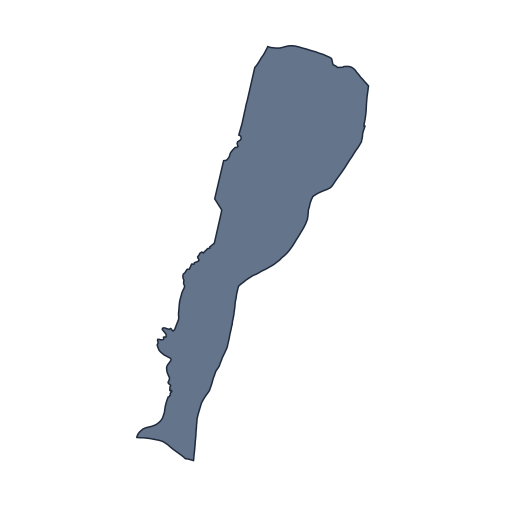 outline of Leuk Daek, Kândal, Cambodia, rotated 13°
{"feature_id": "14789045B16500497794809", "entity_name": "Leuk Daek", "entity_type": "district", "adm_level": 2, "iso_a3": "KHM", "parent_name": "Cambodia", "parent_adm1": "Kândal", "projection": "albers", "projection_center": [105.189, 11.12], "detail": "fine", "context": "isolated", "style": "filled", "palette": "slate", "viewbox_px": 512, "rotation_deg": 13, "n_neighbors": 0, "source": "geoboundaries", "source_scale": "gbopen_adm2", "svg_char_len": 6102}
<svg xmlns="http://www.w3.org/2000/svg" viewBox="0 0 512 512"><g transform="rotate(13 256 256)"><path d="M220.3,49.3L220.0,51.1L219.5,52.9L218.7,56.0L217.8,58.9L216.6,61.6L215.4,65.6L214.3,68.6L213.7,70.2L212.4,72.5L212.5,107.2L212.3,110.3L212.4,113.4L212.5,116.4L212.4,118.6L212.5,120.9L212.6,130.4L212.0,142.0L214.0,142.5L214.7,143.5L215.1,145.1L214.8,146.3L214.1,147.1L212.4,148.9L212.3,150.6L212.8,151.7L213.8,153.1L213.0,154.5L211.3,154.9L209.7,157.5L208.5,159.8L207.9,161.4L207.8,162.5L207.7,164.5L207.5,165.6L206.9,167.2L206.2,168.6L205.2,169.6L203.5,170.2L203.0,170.4L202.9,209.6L212.2,218.8L212.4,222.2L212.5,252.9L208.9,257.6L209.2,258.6L208.8,259.1L207.6,259.4L206.8,260.2L206.2,261.4L205.3,262.6L204.5,264.0L204.0,264.9L202.3,264.3L200.6,266.1L200.4,267.5L199.7,269.1L199.3,270.0L200.0,271.2L200.8,271.9L201.4,273.1L201.0,273.9L199.6,275.0L197.5,276.4L197.5,277.5L197.0,278.1L195.3,278.2L194.9,279.1L194.6,281.0L194.3,282.3L194.1,283.6L193.4,284.1L192.4,284.2L191.7,284.8L191.0,286.8L190.5,288.3L189.2,290.1L189.2,291.5L189.4,292.7L189.7,293.5L190.5,294.8L191.2,295.9L191.4,297.5L191.5,298.7L191.7,299.2L192.5,300.3L193.1,301.3L193.3,302.1L193.1,303.7L192.6,305.7L192.1,308.4L192.0,310.7L191.9,313.3L191.8,317.1L192.1,320.1L192.5,322.9L193.0,326.2L193.4,329.3L193.9,331.3L194.6,333.4L194.8,335.4L194.5,337.5L194.2,339.5L193.8,342.0L193.7,343.2L193.5,344.2L193.4,345.4L192.7,347.1L192.1,347.7L191.3,347.5L190.8,347.0L190.1,346.3L189.2,345.8L188.5,346.4L187.8,346.9L186.4,347.0L185.2,346.8L183.6,346.6L182.2,346.8L181.5,347.1L181.1,347.7L181.3,348.8L183.0,350.1L184.0,350.9L185.7,352.2L186.1,352.9L186.5,354.2L186.6,355.0L185.5,355.4L184.6,355.6L184.1,356.0L184.8,356.9L184.5,358.1L183.4,358.8L181.8,359.1L180.2,359.0L179.0,359.3L179.0,360.3L179.5,361.3L180.2,362.5L179.9,364.1L179.7,365.0L180.7,366.7L181.5,367.9L182.8,369.7L184.8,371.1L186.7,372.1L188.5,373.0L191.4,373.8L193.3,374.3L195.4,374.8L196.2,375.4L196.5,376.1L196.5,376.8L196.4,377.3L195.5,379.4L194.6,381.4L194.1,383.1L194.0,385.1L194.7,387.2L195.3,388.8L196.3,390.4L197.5,392.1L198.9,393.8L199.3,395.0L199.2,396.4L199.2,397.5L198.7,398.5L198.9,399.3L199.8,400.1L200.6,400.5L201.6,400.9L202.1,401.8L201.6,402.8L201.8,403.8L202.0,405.5L202.4,406.5L202.9,406.7L203.7,406.0L204.3,406.7L204.2,407.3L203.6,408.4L203.4,409.2L203.6,410.3L203.8,411.0L203.3,411.6L203.1,412.5L202.1,413.2L202.0,414.1L201.7,416.7L201.5,418.7L201.4,422.4L201.6,425.6L201.9,428.6L201.7,431.7L201.3,435.2L200.3,437.9L198.3,440.8L196.5,442.8L194.7,444.1L192.4,445.6L189.7,446.9L187.2,448.2L184.8,450.0L183.7,451.5L182.3,453.4L181.3,455.4L180.8,457.4L180.6,458.6L180.7,459.6L182.3,459.4L184.5,459.1L187.4,458.4L190.1,458.1L193.9,457.7L197.0,457.6L199.4,457.5L203.0,457.4L206.3,457.6L208.8,458.3L212.4,459.7L216.3,461.8L219.6,463.4L223.5,465.0L227.8,466.8L230.4,468.0L232.8,469.4L235.2,469.1L239.5,469.3L241.1,469.4L241.1,468.7L240.8,466.8L240.4,463.9L240.1,461.3L239.8,458.5L239.5,456.7L239.2,454.3L238.6,450.7L238.2,447.4L237.7,443.8L237.2,441.3L236.9,439.2L236.6,436.9L236.2,434.8L236.0,433.6L235.8,431.6L235.4,429.2L235.2,427.8L235.2,425.7L235.2,424.1L235.3,422.1L235.5,418.5L235.7,415.4L235.9,411.9L236.5,409.4L237.2,407.1L238.0,404.7L238.9,402.5L240.0,399.9L240.7,398.1L241.0,396.8L241.2,394.6L241.5,392.2L241.7,389.4L241.9,384.8L242.4,381.1L242.6,378.8L242.8,377.2L243.1,376.6L243.4,375.6L243.8,374.7L244.0,374.2L244.3,373.5L244.6,372.5L244.9,371.7L245.0,370.8L245.2,368.9L245.4,367.7L245.6,366.3L245.8,365.2L245.9,364.1L246.1,362.5L246.4,361.4L246.5,360.4L247.0,358.8L247.3,357.3L247.5,356.1L247.8,354.9L248.1,353.5L248.3,352.4L248.5,350.9L248.4,349.8L248.4,348.2L248.4,347.0L248.4,346.0L248.4,344.9L248.4,341.9L248.3,340.5L248.2,338.0L248.2,335.0L248.2,332.7L248.1,330.4L248.2,328.1L247.8,325.0L247.8,322.9L247.7,320.3L247.6,318.1L247.3,315.4L247.1,312.9L246.9,311.0L246.5,307.9L246.1,305.3L246.1,302.0L245.9,299.7L245.7,297.8L245.7,295.8L245.7,294.1L245.7,292.0L245.7,290.2L245.9,289.2L246.7,288.1L247.2,287.3L247.9,286.5L248.9,285.2L249.5,284.6L250.6,283.1L251.0,282.7L251.4,282.1L252.1,281.2L252.8,280.5L253.5,279.8L254.2,279.0L255.0,278.2L255.6,277.7L256.3,276.8L257.1,276.1L257.8,275.4L258.7,274.8L259.7,274.1L260.5,273.6L261.5,272.6L263.0,271.3L264.3,270.0L266.2,268.4L267.5,267.4L269.3,265.9L271.1,264.2L272.8,262.6L274.6,261.0L276.0,259.4L277.3,257.8L278.8,256.0L280.0,254.5L281.6,251.8L282.3,250.8L283.5,249.4L284.2,248.3L285.2,246.7L285.9,245.6L286.6,244.2L287.3,242.8L288.0,241.2L288.6,239.7L289.3,238.2L289.9,236.4L290.4,235.0L290.7,234.1L291.1,232.8L291.5,231.5L292.0,230.1L292.4,229.0L293.0,227.3L293.3,226.3L293.8,224.9L294.3,223.3L294.7,222.0L295.4,220.0L295.8,218.5L296.1,217.6L296.4,216.5L296.7,215.3L297.1,213.5L297.4,211.8L297.6,209.9L297.9,208.7L297.7,207.7L297.7,206.5L297.6,205.1L297.4,204.3L297.2,202.9L297.2,201.8L296.8,200.2L296.7,199.0L296.8,197.8L296.9,196.8L296.9,195.6L296.9,194.6L296.8,193.2L296.9,192.1L297.0,191.1L297.2,189.8L297.3,188.3L297.6,187.4L297.9,185.9L297.9,185.4L298.7,184.5L300.0,183.1L300.9,182.2L302.6,180.6L304.7,179.0L308.2,176.5L310.5,175.0L312.9,172.9L314.1,171.3L314.9,169.4L316.0,166.4L317.5,162.5L319.2,158.6L320.2,156.3L321.3,153.5L322.5,150.5L323.6,147.3L324.4,145.0L325.1,142.9L325.9,140.8L327.4,137.0L328.5,133.7L329.6,130.6L330.6,128.4L331.5,125.9L332.2,123.7L333.0,121.1L333.0,120.4L332.9,119.5L333.0,118.1L332.8,115.4L332.4,113.0L332.4,112.3L332.5,110.1L333.0,105.0L332.0,105.1L331.7,102.9L331.5,98.1L331.1,93.4L330.7,90.1L330.0,86.2L329.4,82.9L328.9,79.4L328.4,75.9L328.1,72.7L327.9,70.1L327.6,67.3L327.4,65.0L324.8,63.1L322.4,61.5L320.2,59.8L317.8,58.3L315.5,56.3L312.6,54.2L311.1,52.8L308.8,51.4L306.6,50.6L304.9,50.4L302.8,50.6L300.9,51.1L299.2,51.5L298.1,52.6L297.3,52.7L296.8,53.0L295.9,53.2L294.7,53.4L293.2,54.0L292.4,53.6L291.4,53.1L289.8,52.6L288.2,52.3L287.5,51.3L286.9,50.0L286.0,48.0L285.1,46.6L283.4,45.9L280.3,45.3L275.7,44.4L272.1,44.2L267.9,43.6L262.9,43.4L258.6,43.0L254.3,42.9L251.6,42.7L247.3,42.6L243.8,43.0L240.3,44.0L237.1,45.6L234.5,47.0L232.4,48.0L229.7,48.7L226.5,49.2L223.6,49.5L221.8,49.4L220.3,49.3Z" fill="#64748b" stroke="#1e293b" stroke-width="1.5"/></g></svg>